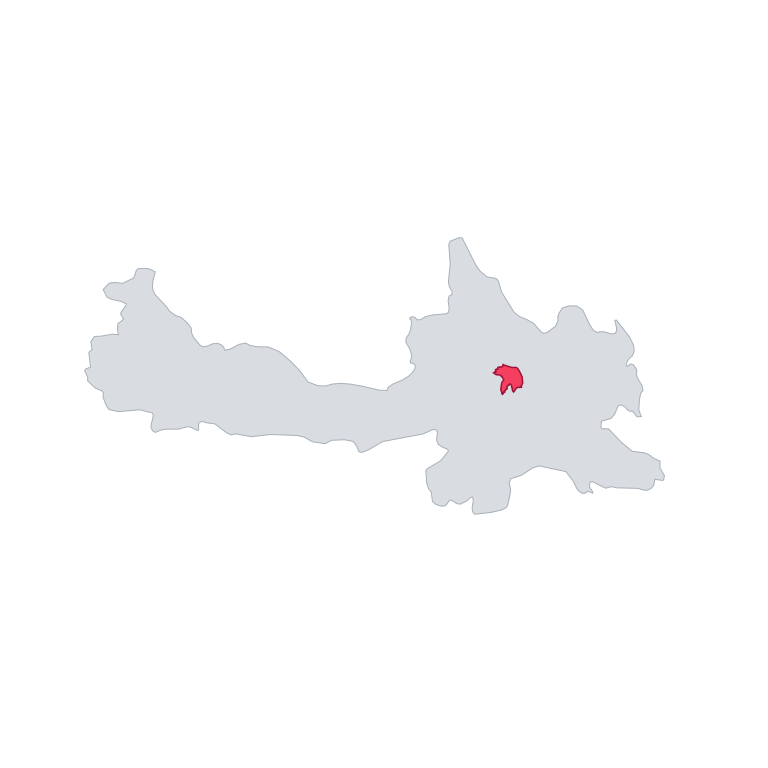 location of Xieng Ngeun, Louangphrabang, Laos, rotated 132°
{"feature_id": "54806243B25944960154772", "entity_name": "Xieng Ngeun", "entity_type": "district", "adm_level": 2, "iso_a3": "LAO", "parent_name": "Laos", "parent_adm1": "Louangphrabang", "projection": "natural_earth1", "projection_center": [102.356, 19.612], "detail": "fine", "context": "in_parent", "style": "filled", "palette": "rose", "viewbox_px": 768, "rotation_deg": 132, "n_neighbors": 0, "source": "geoboundaries", "source_scale": "gbopen_adm2", "svg_char_len": 7733}
<svg xmlns="http://www.w3.org/2000/svg" viewBox="0 0 768 768"><g transform="rotate(132 384 384)"><path d="M288.8,119.5L291.7,125.5L305.6,141.8L308.0,146.2L313.1,149.6L317.3,164.1L319.1,165.0L321.4,164.0L323.1,162.0L324.6,156.4L325.5,155.8L327.1,160.4L331.0,161.8L332.7,163.8L333.2,167.3L332.6,170.9L329.4,179.1L327.4,190.2L341.0,213.9L346.7,217.2L360.2,221.0L369.4,226.3L373.6,225.0L377.7,219.2L382.6,215.9L391.7,210.8L394.3,210.5L399.3,212.5L407.6,218.4L420.1,229.5L419.7,232.4L417.5,235.3L410.8,239.7L408.7,242.5L410.0,243.6L415.5,244.3L422.1,246.8L424.1,249.7L425.3,256.3L426.4,257.5L432.5,256.8L434.4,257.7L436.6,259.8L438.8,265.3L438.8,269.4L432.7,276.6L432.0,280.9L428.9,286.1L420.6,294.7L418.4,295.3L403.0,290.5L390.8,291.2L389.8,293.0L391.9,298.2L392.5,303.4L390.6,307.3L383.6,312.4L383.3,314.7L384.8,317.0L395.0,321.6L427.7,346.5L442.6,351.2L449.1,354.4L450.8,356.1L450.8,358.3L449.1,361.1L447.7,366.0L447.6,368.9L449.2,371.7L451.8,376.0L461.0,385.4L467.7,387.7L474.8,398.5L476.9,407.9L480.4,414.1L497.4,434.5L511.7,447.1L520.2,460.7L524.3,463.8L525.6,468.7L526.8,483.0L531.7,490.1L532.8,493.0L534.9,495.1L537.3,495.5L542.3,490.9L543.3,491.5L545.6,499.1L547.6,501.8L555.1,506.5L563.2,515.6L567.4,518.9L572.9,521.5L573.6,524.4L572.7,527.3L571.0,529.2L561.7,534.4L560.5,536.7L566.7,548.4L582.2,562.8L587.0,571.4L586.0,575.6L581.8,584.0L578.7,586.2L577.8,588.9L580.2,595.7L580.0,606.3L577.1,608.8L574.4,615.3L572.5,615.7L567.8,613.4L558.0,624.5L553.7,624.0L548.7,630.2L542.4,631.0L537.9,626.4L528.4,618.9L525.1,614.3L522.1,618.3L517.2,622.1L510.2,620.8L508.3,626.3L506.9,627.3L498.5,628.3L496.9,629.2L498.3,634.3L503.3,642.9L504.8,647.8L501.7,655.9L493.0,655.7L489.0,652.4L484.0,645.5L472.7,641.0L465.2,644.1L462.9,644.0L457.3,638.2L455.1,634.5L453.8,629.0L462.4,624.5L466.8,621.0L469.6,617.3L470.8,613.5L472.1,597.5L473.4,591.9L472.6,584.9L470.3,579.5L470.2,571.3L471.4,564.7L474.7,561.4L476.9,556.6L478.3,546.0L477.2,543.2L474.0,540.6L468.6,538.1L465.2,535.0L463.8,531.2L463.9,527.9L465.5,525.0L461.4,521.8L451.6,518.3L446.1,514.1L444.9,509.1L440.8,502.7L433.8,494.7L430.0,483.2L429.6,468.2L430.4,456.0L433.4,441.8L429.3,431.6L424.7,426.2L418.4,422.2L412.4,416.5L406.7,409.1L399.9,398.2L392.0,383.7L386.6,377.2L383.9,378.7L378.2,377.4L369.4,373.2L361.8,370.9L355.3,370.6L351.1,371.5L349.1,373.7L349.0,375.9L350.6,378.1L349.7,379.8L346.3,381.0L343.6,383.4L340.5,388.7L338.4,395.6L335.1,398.3L330.1,398.9L325.2,400.9L320.4,404.3L318.1,406.8L318.4,408.6L317.4,409.0L315.0,408.0L313.9,405.7L314.0,402.1L311.5,399.7L306.5,398.4L300.7,394.5L289.8,384.5L287.3,384.1L283.7,386.7L279.0,392.3L275.1,394.5L272.1,393.3L269.7,395.3L268.1,400.4L265.0,404.5L250.3,415.3L237.0,429.2L233.7,430.4L225.6,426.5L223.1,423.8L234.2,395.3L235.8,388.4L235.5,379.2L230.8,371.6L230.6,369.4L231.4,367.1L237.0,358.2L243.6,335.5L243.2,328.4L240.4,320.6L238.8,313.2L240.1,303.1L239.6,299.2L236.6,297.3L226.5,295.2L220.7,296.9L217.9,299.6L214.5,301.3L208.2,302.3L202.2,298.9L197.2,293.1L196.0,286.0L202.3,270.8L203.9,264.9L203.7,262.1L202.6,259.3L201.1,258.9L197.9,255.3L194.8,248.9L191.9,246.1L189.1,246.6L186.5,249.0L182.3,255.0L181.0,254.2L184.7,233.2L188.3,224.2L192.4,220.0L196.7,218.3L201.3,218.9L205.2,218.2L208.3,216.0L208.0,214.7L204.3,214.4L202.9,212.0L203.7,207.5L205.3,204.6L207.8,203.3L210.3,198.8L212.6,191.1L215.5,187.2L218.9,187.1L224.6,183.8L232.8,177.3L236.0,171.0L239.0,173.9L237.9,181.2L239.5,182.7L240.3,185.3L239.8,189.4L240.5,192.9L241.7,194.5L243.5,195.4L252.2,192.4L257.5,192.2L266.2,197.5L271.3,193.6L271.4,192.1L267.1,187.1L268.5,168.6L267.9,154.6L260.8,144.2L259.3,140.0L258.6,133.2L256.6,127.4L261.7,122.8L264.5,114.2L268.1,112.1L269.2,112.4L273.6,118.9L279.1,115.6L283.3,115.7L286.9,117.4L288.8,119.5Z" fill="#d9dde1" stroke="#a8b0b8" stroke-width="1"/><path d="M302.4,310.0L302.2,307.7L302.1,307.4L302.0,307.1L301.8,306.7L301.7,306.4L301.4,306.0L301.2,305.8L301.0,305.5L300.6,305.1L300.4,304.9L300.1,304.5L300.0,304.2L299.9,303.9L299.8,303.6L299.9,303.2L299.9,302.9L299.7,302.2L299.4,301.8L299.3,301.4L299.5,301.2L299.8,300.8L300.1,300.4L300.1,300.1L300.1,299.6L300.2,299.0L300.2,298.6L300.9,297.9L301.3,297.8L302.8,297.6L303.3,297.5L303.6,297.4L304.0,297.3L304.7,297.1L310.1,293.4L310.3,293.0L310.4,292.9L310.5,292.7L310.9,291.8L311.1,291.4L311.2,291.2L311.5,290.9L311.6,290.7L311.9,290.3L312.1,290.1L312.2,289.9L312.3,289.7L312.4,289.4L312.5,289.2L312.4,289.0L312.3,288.9L312.2,288.9L311.9,289.0L311.6,289.1L311.4,289.3L311.3,289.5L311.2,289.6L310.8,289.6L310.7,289.6L310.6,289.8L310.4,289.7L310.4,289.3L310.4,289.2L310.2,289.2L310.0,289.3L309.9,289.4L309.8,289.2L309.7,289.1L309.4,289.1L309.4,288.9L309.2,288.8L309.0,289.0L308.9,289.1L308.7,289.2L308.6,289.3L308.4,289.3L308.2,289.4L308.0,289.5L307.9,289.6L307.7,289.5L307.4,289.6L307.2,289.6L306.9,289.8L306.7,289.8L306.6,289.7L306.4,289.7L306.2,289.5L305.9,289.4L305.7,289.2L305.4,289.3L305.2,289.4L305.2,289.5L304.9,289.6L304.8,289.8L304.7,289.9L304.6,290.1L304.5,290.4L304.4,290.4L304.3,290.5L304.2,290.4L303.8,290.5L303.7,290.5L303.3,290.7L303.0,290.8L302.7,290.7L302.5,290.8L302.3,290.9L302.1,290.9L302.1,290.7L301.8,290.6L301.7,290.5L301.5,290.4L301.3,290.4L301.1,290.4L301.0,290.6L300.6,290.6L300.4,290.7L300.2,290.5L299.9,290.6L299.7,290.6L299.5,290.4L299.6,290.0L299.6,289.8L299.6,289.7L299.6,289.4L299.6,289.1L299.7,288.9L299.9,288.1L300.0,287.8L300.2,287.6L300.6,287.3L300.9,287.0L301.1,286.8L301.3,286.5L301.3,285.8L301.3,285.6L301.4,285.4L301.8,285.3L302.1,285.1L302.6,284.6L302.8,284.2L302.9,283.9L303.1,283.5L303.2,283.0L303.3,282.4L303.2,282.4L302.9,282.3L302.6,282.3L301.9,282.3L301.5,282.4L301.4,282.4L301.1,282.5L300.7,282.6L300.3,282.7L300.2,282.7L299.7,282.7L299.4,282.8L299.1,282.8L298.7,282.8L298.3,282.7L298.0,282.7L297.7,282.6L297.1,282.2L296.8,282.1L296.4,281.7L296.1,281.3L296.0,281.2L295.7,281.0L295.5,280.9L295.3,280.9L295.1,280.8L295.0,280.5L294.9,280.2L294.8,279.8L294.6,279.7L294.4,279.6L294.1,279.9L294.1,280.0L293.9,280.5L293.7,280.8L293.2,280.9L292.9,280.9L292.5,280.9L292.3,280.9L292.1,281.0L291.9,281.1L291.4,281.3L291.2,281.3L290.9,281.4L290.6,281.6L290.3,281.7L290.1,282.0L289.0,283.2L288.8,283.4L288.5,283.6L288.4,283.8L288.2,284.0L287.9,284.3L287.6,284.6L287.3,285.0L287.0,285.3L286.7,285.5L286.5,285.8L286.4,286.1L286.1,286.5L286.0,286.8L285.8,287.3L285.6,287.7L285.5,287.8L285.3,288.1L285.2,288.5L284.9,289.2L284.9,289.3L284.8,289.6L284.4,290.6L284.2,291.2L284.0,291.7L283.9,291.9L283.7,292.3L283.7,292.5L283.6,292.8L283.4,293.7L283.3,294.0L283.1,294.7L283.0,295.0L283.0,295.3L283.0,295.6L283.1,296.0L283.1,296.3L283.3,296.7L283.7,297.4L284.0,297.8L284.3,298.1L284.6,298.4L284.9,298.6L285.1,298.8L285.4,299.2L285.6,299.4L285.8,299.7L286.0,299.9L286.3,300.4L286.5,300.7L286.6,300.9L286.7,301.2L286.9,301.5L287.0,301.7L287.1,302.0L287.3,302.4L287.5,302.9L287.8,303.5L287.9,303.8L288.1,304.2L288.4,304.9L288.6,305.4L288.7,305.7L288.8,306.0L289.0,306.2L289.1,306.4L289.4,306.9L289.5,307.0L289.8,307.1L289.8,307.3L289.8,307.5L289.7,307.9L289.8,307.9L289.9,308.0L290.1,308.4L290.1,308.5L290.3,308.4L290.6,308.1L291.1,307.7L291.6,307.7L291.9,307.8L292.5,308.0L292.8,308.1L293.1,308.2L293.2,308.3L293.3,308.5L293.4,309.0L293.5,309.1L294.0,309.4L294.0,309.5L294.3,309.7L294.6,309.8L294.8,310.0L295.0,310.2L295.1,310.3L295.3,310.4L295.4,310.5L295.5,310.5L295.6,310.4L295.8,310.2L296.2,310.0L296.3,310.0L296.4,309.9L296.6,309.8L296.8,309.6L297.0,309.4L297.2,309.5L297.5,310.2L297.6,310.3L297.8,310.5L298.0,310.6L298.3,310.5L298.5,310.5L298.8,310.6L299.0,310.6L299.4,310.2L299.5,309.6L299.6,309.2L299.7,308.9L299.8,308.8L300.0,308.8L300.3,308.8L300.6,309.1L300.7,309.3L300.7,309.6L300.8,309.8L301.1,309.8L301.2,309.7L301.3,309.6L301.6,309.7L301.9,309.8L302.2,309.9L302.4,310.0Z" fill="#f43f5e" stroke="#9f1239" stroke-width="1.5"/></g></svg>